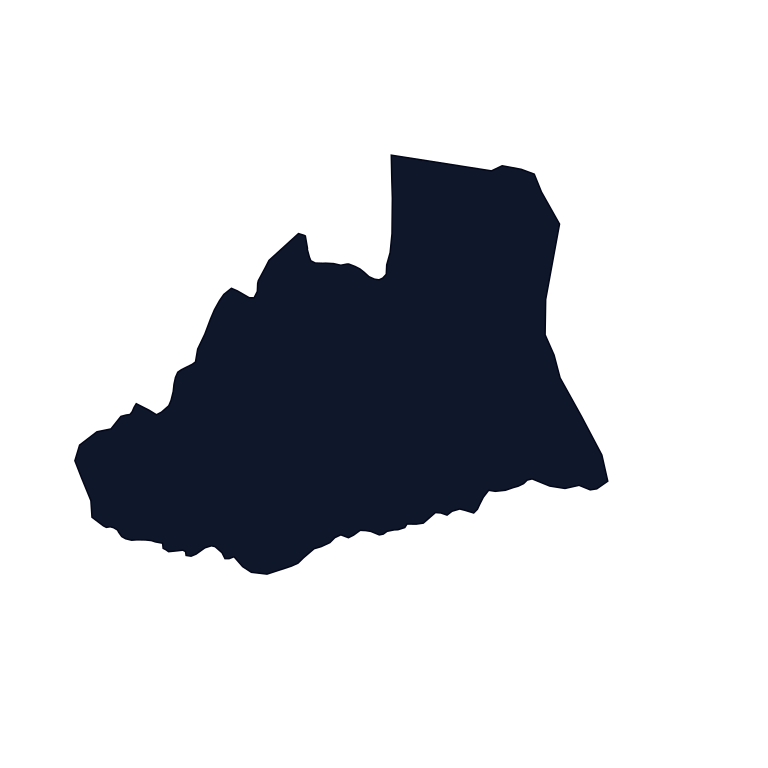 Bogangolo, Ombella-M'Poko, Central African Republic (Albers equal-area conic projection), rotated 297°
{"feature_id": "33826404B36599130273361", "entity_name": "Bogangolo", "entity_type": "district", "adm_level": 2, "iso_a3": "CAF", "parent_name": "Central African Republic", "parent_adm1": "Ombella-M'Poko", "projection": "albers", "projection_center": [18.123, 5.472], "detail": "fine", "context": "isolated", "style": "filled", "palette": "ink", "viewbox_px": 768, "rotation_deg": 297, "n_neighbors": 0, "source": "geoboundaries", "source_scale": "gbopen_adm2", "svg_char_len": 2151}
<svg xmlns="http://www.w3.org/2000/svg" viewBox="0 0 768 768"><g transform="rotate(297 384 384)"><path d="M591.2,286.6L570.5,297.7L553.3,307.1L521.5,322.9L503.9,329.8L491.4,332.3L482.8,336.2L477.8,334.8L474.6,332.3L473.1,328.0L472.8,321.9L474.5,315.7L475.6,310.3L475.6,304.9L474.9,298.1L474.2,296.7L470.2,291.6L468.4,284.4L465.2,277.2L463.8,274.7L460.6,267.9L460.6,262.9L463.1,260.0L469.1,254.6L470.2,254.2L480.2,246.7L480.2,245.2L479.2,239.5L441.9,225.4L434.1,225.4L419.0,225.1L416.2,225.8L409.0,229.1L401.8,229.1L399.7,224.7L400.0,219.0L400.4,211.1L400.0,204.6L391.1,200.6L383.6,199.6L373.2,199.2L363.2,199.9L347.1,201.7L330.6,202.1L318.1,206.0L314.5,204.2L310.2,201.0L304.8,197.0L300.9,194.9L295.2,195.2L288.4,197.0L281.6,199.6L272.6,201.7L266.9,202.1L257.9,198.5L253.3,195.2L254.0,186.6L254.0,172.2L249.7,171.9L245.0,172.2L241.5,171.5L239.3,168.3L235.7,164.3L228.9,162.9L220.0,161.1L211.1,149.9L191.4,140.5L175.3,143.4L163.1,157.1L147.0,175.8L132.7,184.3L130.2,198.4L130.2,201.7L132.5,204.9L133.2,208.3L132.9,212.9L131.5,214.8L129.0,219.6L128.8,224.0L130.2,230.0L133.1,234.8L136.8,242.4L138.9,247.9L139.5,251.9L141.6,259.0L137.3,261.8L137.3,264.8L136.8,268.2L141.1,274.9L144.6,280.2L144.6,283.2L141.4,285.5L143.0,290.3L147.1,293.8L151.9,296.3L156.7,298.8L161.5,303.7L162.4,307.4L160.1,316.3L156.2,321.6L158.1,325.3L162.0,328.8L157.1,341.0L156.0,351.3L161.5,366.1L179.6,384.1L185.3,388.7L192.7,391.2L205.5,396.5L210.5,401.8L218.1,407.8L224.7,409.9L230.0,414.0L230.9,422.1L235.5,425.5L242.8,429.2L245.1,434.3L246.7,439.3L247.4,448.3L249.9,451.5L254.1,453.6L258.7,459.4L260.5,462.6L265.5,467.7L269.7,468.1L273.8,476.4L277.9,482.2L287.1,485.9L292.8,488.2L294.9,493.2L295.8,499.7L301.5,502.4L307.0,508.2L308.2,513.5L309.8,522.5L314.8,524.1L320.1,523.9L328.1,523.9L336.8,525.5L338.9,531.9L344.4,540.4L350.4,546.2L353.8,549.9L358.6,553.6L363.4,555.2L366.7,559.1L368.3,578.0L373.1,592.7L382.3,603.8L383.3,615.8L387.2,621.2L399.0,627.5L419.6,610.4L444.9,574.5L469.4,538.1L487.0,522.4L501.0,505.2L532.7,489.7L606.2,467.8L626.6,437.1L639.2,422.6L637.6,408.8L632.1,390.2L622.7,383.0L591.2,286.6Z" fill="#0f172a" stroke="#020617" stroke-width="1.5"/></g></svg>